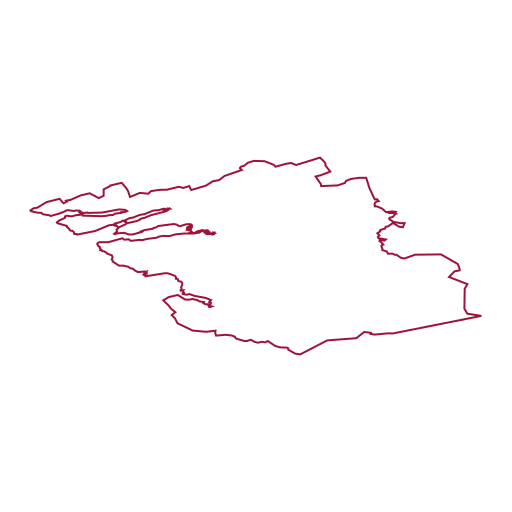 Surnadal nor, Møre og Romsdal, Norway (Equal Earth projection)
{"feature_id": "86288312B76061639437413", "entity_name": "Surnadal nor", "entity_type": "district", "adm_level": 2, "iso_a3": "NOR", "parent_name": "Norway", "parent_adm1": "Møre og Romsdal", "projection": "equal_earth", "projection_center": [8.642, 62.923], "detail": "fine", "context": "isolated", "style": "outline", "palette": "rose", "viewbox_px": 512, "rotation_deg": 0, "n_neighbors": 0, "source": "geoboundaries", "source_scale": "gbopen_adm2", "svg_char_len": 6047}
<svg xmlns="http://www.w3.org/2000/svg" viewBox="0 0 512 512"><path d="M30.7,210.2L31.8,211.0L31.5,211.3L37.5,212.7L41.3,212.8L42.7,214.2L49.4,215.3L50.5,216.0L59.9,213.4L60.5,212.8L62.1,212.6L67.3,210.1L73.9,211.0L75.9,210.5L80.0,210.7L79.5,210.9L80.1,211.1L79.5,211.9L80.5,212.1L79.9,212.4L80.3,212.4L80.0,212.8L81.0,213.5L88.1,212.4L87.2,212.9L101.9,212.6L119.2,209.4L125.4,209.9L127.1,211.1L124.7,212.1L121.3,212.1L121.4,212.9L115.2,213.6L112.9,215.0L109.3,215.1L105.9,215.9L101.2,216.2L81.9,215.6L82.8,215.5L82.5,214.5L75.4,215.3L71.9,216.4L67.0,215.7L65.0,216.4L65.0,217.7L64.3,218.2L59.2,220.5L56.9,222.3L57.2,223.0L58.4,223.5L66.9,225.9L66.9,226.9L69.4,229.0L69.4,229.6L70.5,230.7L72.4,230.8L73.8,232.0L74.2,233.9L76.8,234.1L77.1,234.6L95.1,231.0L108.9,225.3L112.7,224.8L116.5,226.1L116.8,225.8L116.2,225.3L113.8,224.5L114.9,223.5L120.4,222.1L122.8,220.6L125.8,222.2L126.1,221.6L124.6,220.5L129.9,218.0L132.9,217.6L139.8,214.9L144.6,214.1L153.1,210.6L158.9,210.1L163.0,208.9L162.9,209.3L164.2,209.1L163.7,209.6L164.1,210.1L164.6,209.6L165.9,209.7L165.0,210.4L165.9,209.9L166.0,209.6L169.6,208.3L170.1,208.7L168.3,208.9L165.9,210.2L167.3,210.3L167.7,209.3L168.1,210.1L165.3,211.5L150.9,215.2L144.4,217.9L140.7,218.7L139.6,219.9L136.2,221.2L126.6,223.3L125.7,224.2L119.4,227.1L117.9,227.2L118.2,228.4L116.6,229.6L117.0,231.6L114.2,233.8L115.1,234.2L117.0,233.4L124.3,232.8L128.9,234.5L133.1,234.4L141.8,231.9L142.1,231.7L141.3,231.3L144.4,230.1L153.0,228.7L153.4,228.0L155.8,227.5L158.3,226.0L173.9,224.0L176.7,224.6L178.6,225.9L180.6,226.0L186.5,224.2L190.7,224.2L192.0,225.2L192.0,225.8L189.8,226.1L187.1,227.5L187.0,228.2L187.8,227.2L190.7,226.6L191.0,226.9L190.3,227.0L190.3,227.6L190.5,227.4L190.8,227.6L190.3,227.7L190.6,228.2L189.8,228.3L189.6,228.9L190.8,229.1L190.8,228.4L190.9,229.1L191.4,229.1L188.3,229.7L188.2,229.2L187.5,228.6L188.1,229.6L187.2,229.7L187.0,228.6L186.7,230.2L187.0,229.8L190.3,229.5L190.4,230.3L188.1,230.5L190.5,230.3L192.1,232.2L190.9,232.5L191.9,233.0L194.8,232.8L197.2,231.4L197.9,231.7L196.4,232.6L197.8,232.4L198.8,231.6L197.4,231.3L202.3,230.1L204.5,230.6L207.4,230.2L208.5,231.0L208.9,232.1L209.5,232.2L210.3,232.7L209.0,232.1L209.3,232.6L208.9,232.2L208.3,232.8L208.7,232.3L208.2,232.2L207.8,230.7L205.9,231.0L206.2,231.9L205.6,231.6L205.4,232.1L207.2,233.1L212.2,233.7L213.3,232.9L212.3,232.5L212.0,232.1L213.5,232.9L214.7,232.5L214.9,233.1L213.7,233.3L214.2,233.5L212.9,233.9L213.3,234.4L212.5,234.6L212.4,234.0L206.5,234.0L205.9,233.5L208.0,233.9L205.9,233.5L204.6,231.4L202.5,230.7L199.6,232.3L200.1,232.4L194.2,233.5L184.5,233.5L175.9,234.3L169.3,236.1L163.2,235.9L158.9,236.6L156.8,237.7L147.2,238.9L142.4,240.1L138.6,239.9L131.9,240.8L130.4,240.6L128.6,239.3L124.4,239.7L122.3,238.3L108.2,242.2L99.6,242.2L97.9,242.8L97.2,244.1L98.5,245.9L98.4,246.3L99.9,247.1L99.8,248.5L101.1,249.6L100.7,249.8L100.5,250.1L101.4,250.1L102.3,251.2L104.1,251.3L106.5,252.7L107.0,253.6L111.8,255.3L112.6,257.0L112.4,257.8L113.0,258.1L112.4,258.0L112.0,258.8L111.5,258.7L112.0,259.1L111.7,259.4L112.5,260.2L112.7,261.5L119.1,265.7L123.4,265.6L128.3,266.8L130.3,268.3L133.0,268.7L134.7,270.4L138.0,272.1L144.9,271.5L144.9,272.0L145.9,271.8L145.2,272.5L146.3,272.8L146.6,272.4L146.7,273.8L143.7,274.2L143.4,274.7L145.4,275.7L145.5,276.3L163.7,273.4L167.2,273.2L169.9,273.9L175.2,276.0L176.1,277.4L175.9,278.7L177.7,279.0L178.3,281.0L181.2,281.7L182.3,283.1L182.2,285.0L181.1,287.3L181.6,288.3L180.9,290.1L179.9,290.8L183.3,290.3L182.9,290.9L183.9,292.6L182.6,293.2L182.7,293.9L186.1,294.7L189.6,294.1L194.5,295.9L205.6,297.9L211.0,300.1L209.2,302.0L211.0,302.8L210.2,304.8L210.9,305.0L210.0,304.8L209.0,306.3L210.0,307.0L211.6,306.3L211.9,306.4L209.9,307.1L208.9,306.8L208.5,305.6L209.3,304.9L209.4,304.2L209.1,304.8L208.6,304.2L207.4,304.3L208.1,304.6L205.2,304.1L203.4,303.2L204.0,302.0L199.3,301.4L197.6,300.2L192.6,299.0L188.7,299.7L185.1,299.5L177.7,295.0L168.7,297.1L163.3,300.3L168.7,305.6L170.9,308.6L175.4,312.2L171.7,315.1L175.0,318.4L177.5,323.3L192.8,330.6L206.2,331.8L215.5,330.7L215.2,333.0L216.1,335.6L225.5,334.8L231.8,335.5L234.9,336.7L235.2,337.7L236.5,338.7L244.3,341.0L246.7,341.0L250.9,339.8L254.6,341.9L257.8,342.7L262.1,341.8L265.3,342.4L267.7,341.0L275.3,346.0L280.2,347.4L286.9,347.6L288.2,348.3L288.2,349.6L295.1,353.6L300.2,354.4L327.2,340.4L356.3,338.2L364.2,332.0L370.9,332.8L371.2,333.4L370.8,334.0L374.6,334.6L388.4,333.3L392.6,333.5L481.3,315.9L467.4,313.7L464.4,308.7L464.7,288.8L467.4,284.1L449.0,277.0L454.6,271.3L459.6,270.4L459.7,269.3L457.8,264.0L441.0,254.4L415.2,254.7L404.7,258.4L403.4,258.4L400.9,257.8L396.4,254.7L394.8,254.8L392.7,253.7L387.9,253.7L386.7,251.4L382.3,250.1L382.4,248.6L381.3,246.2L381.8,245.3L383.3,244.6L381.2,242.1L379.7,241.3L380.4,240.4L379.0,239.4L384.3,240.6L385.7,239.5L378.4,238.1L377.9,236.8L379.4,235.3L377.4,233.2L380.2,231.4L379.9,230.7L380.4,229.9L385.1,228.6L385.6,226.8L388.0,226.4L393.0,223.0L399.4,226.8L402.9,227.2L404.6,223.1L400.3,223.1L392.5,221.7L392.2,221.0L389.5,219.4L389.2,218.5L389.9,217.7L392.7,217.0L394.7,214.8L394.7,214.2L395.9,213.8L394.5,213.0L389.1,213.1L388.5,212.7L392.5,212.2L395.3,212.8L395.8,211.9L392.4,211.4L386.1,212.1L382.1,208.6L377.2,206.5L374.8,206.3L375.0,205.5L374.4,204.3L375.1,202.8L376.3,201.7L378.7,201.1L377.0,199.2L374.7,199.4L369.4,188.0L366.2,177.8L359.5,177.8L351.0,178.9L346.0,180.9L345.0,182.9L337.7,185.4L321.2,186.1L320.8,184.0L315.6,176.5L320.8,175.2L330.3,171.6L325.4,165.4L325.4,163.5L324.3,161.8L320.0,157.6L296.1,165.0L291.1,163.0L286.1,163.8L275.4,166.7L273.9,164.9L264.6,161.2L253.9,160.9L248.0,162.7L244.2,165.7L240.7,166.8L239.9,168.1L241.8,170.0L224.6,175.9L219.1,180.1L212.8,181.3L205.8,185.7L191.2,190.0L189.2,186.1L183.2,187.9L178.9,186.8L166.8,189.7L159.8,189.8L151.0,191.1L148.3,193.7L139.8,192.9L130.0,197.0L128.1,191.1L126.3,188.1L121.7,182.8L110.4,185.5L110.5,185.9L103.7,189.3L103.6,195.8L98.8,198.1L89.7,193.3L80.7,195.4L70.7,199.8L66.1,200.7L66.9,201.6L63.5,203.3L59.6,198.8L46.6,202.1L37.3,207.7L33.5,208.3L30.7,210.2Z" fill="none" stroke="#9f1239" stroke-width="2"/></svg>